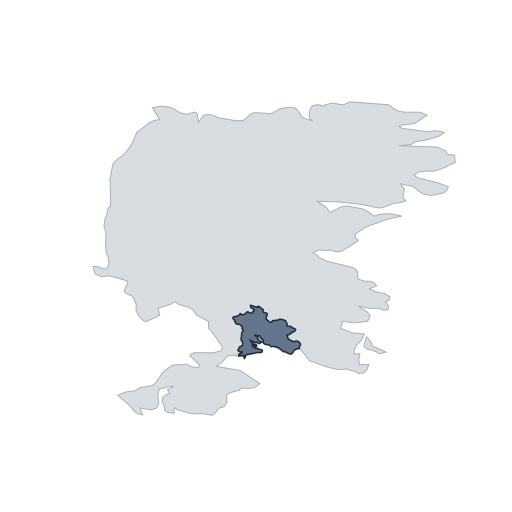 where Sligo sits in Ireland, rotated 197°
{"feature_id": "IRL-728", "entity_name": "Sligo", "entity_type": "County", "adm_level": 1, "iso_a3": "IRL", "parent_name": "Ireland", "parent_adm1": "", "projection": "robinson", "projection_center": [-8.586, 54.193], "detail": "fine", "context": "in_parent", "style": "filled", "palette": "slate", "viewbox_px": 512, "rotation_deg": 197, "n_neighbors": 0, "source": "natural_earth", "source_scale": "10m", "svg_char_len": 7675}
<svg xmlns="http://www.w3.org/2000/svg" viewBox="0 0 512 512"><g transform="rotate(197 256 256)"><path d="M328.8,96.0L317.2,101.9L315.5,104.2L312.2,113.6L311.9,116.3L304.6,126.7L300.5,128.8L294.3,130.5L290.8,132.2L286.4,131.3L280.8,131.5L278.1,133.3L278.2,134.8L279.9,136.4L290.2,141.2L289.6,143.2L286.7,145.5L268.2,151.1L262.7,154.5L260.8,156.7L262.8,160.5L277.6,171.7L280.2,173.0L282.4,179.5L295.5,182.2L300.8,186.3L305.4,187.3L315.5,187.0L319.5,188.5L321.8,187.3L323.1,185.2L334.2,177.2L330.7,171.2L341.9,161.1L345.0,161.2L350.4,164.3L354.8,168.6L356.2,174.4L360.4,179.6L363.1,181.4L370.3,182.4L372.0,184.5L370.8,192.0L371.9,194.5L390.3,194.3L397.6,191.0L403.9,191.6L407.1,195.0L408.6,198.4L403.1,199.7L397.4,199.0L394.6,201.3L394.5,205.7L396.5,211.3L400.4,215.3L403.6,224.4L406.3,234.4L410.3,240.5L411.2,248.0L410.7,251.7L411.5,258.3L409.9,260.6L411.2,266.9L418.2,286.9L419.8,302.6L416.6,308.5L412.2,314.1L409.4,320.7L407.3,327.8L406.1,339.3L396.7,352.8L392.6,356.1L387.9,358.2L398.4,367.6L390.0,371.8L380.7,373.2L370.4,370.8L364.0,371.1L355.9,376.0L354.1,375.1L350.2,367.4L347.4,375.3L341.5,377.9L331.4,377.3L314.5,379.5L308.0,381.8L305.3,385.3L303.3,389.4L300.7,391.9L297.7,393.1L284.6,396.2L282.0,397.4L276.0,404.0L268.1,407.9L261.5,409.0L255.6,405.2L253.2,402.8L250.5,401.7L241.5,401.8L244.4,403.0L246.2,405.8L247.1,411.0L246.1,416.1L241.6,418.7L236.3,419.2L228.0,424.5L216.9,426.0L211.0,430.9L174.4,439.2L172.3,439.2L167.2,437.1L161.8,436.2L156.3,436.9L141.0,441.5L133.5,440.6L143.1,429.1L155.8,423.3L157.2,421.7L153.0,420.9L128.8,424.9L120.4,428.4L112.0,429.4L116.0,424.1L126.8,416.9L136.2,412.2L140.3,408.0L151.7,403.2L114.9,413.1L105.3,411.9L103.1,409.1L95.6,410.4L92.8,403.7L104.0,393.6L110.5,389.3L118.2,386.9L125.6,383.6L128.4,379.5L124.9,378.1L102.8,379.2L92.2,378.3L92.8,375.0L94.8,371.4L105.8,365.2L111.8,364.2L117.1,364.8L126.4,368.5L138.9,367.3L133.7,363.4L132.8,355.3L128.9,352.6L134.0,348.9L139.8,346.6L149.6,338.9L153.0,337.8L172.2,335.9L192.9,331.8L213.3,326.3L202.9,323.1L197.8,319.0L189.7,327.3L183.9,330.5L167.5,332.2L162.3,331.3L155.0,328.7L152.7,329.7L150.6,331.7L139.7,335.8L128.2,336.8L141.6,329.3L158.5,316.6L162.3,312.5L167.7,305.6L166.0,302.5L162.6,300.7L174.8,286.3L179.1,283.7L186.9,283.3L192.6,281.0L195.2,281.0L197.4,280.2L202.4,275.9L194.7,273.1L186.7,271.7L162.1,273.2L158.8,272.9L155.8,271.6L153.8,269.7L152.3,264.8L150.5,263.7L144.9,263.7L139.4,265.2L135.6,265.0L131.9,262.9L137.9,257.9L130.2,256.7L122.4,257.7L115.8,256.2L115.7,253.1L118.7,249.9L114.8,247.0L114.0,243.2L118.2,241.4L122.7,242.0L131.9,239.2L143.6,237.9L133.6,235.1L129.6,232.8L129.4,229.2L130.2,226.2L141.9,221.0L154.4,218.7L153.5,215.3L154.3,211.6L141.8,210.5L129.4,213.1L130.8,206.0L133.8,199.7L134.4,195.5L133.9,191.0L128.1,192.9L127.4,186.5L125.0,182.2L116.4,185.2L116.7,179.5L119.2,175.4L123.7,173.7L128.1,174.5L136.4,174.4L144.3,171.4L155.8,170.6L174.1,171.5L186.6,180.1L189.9,178.5L194.9,173.2L197.3,172.6L216.2,174.9L228.0,178.0L231.2,177.0L229.5,171.1L225.4,166.9L230.5,161.5L236.7,157.8L240.8,156.0L250.3,153.7L254.5,151.6L257.2,144.6L261.6,138.8L237.7,141.9L215.0,135.0L218.6,130.1L223.4,127.4L231.7,125.3L232.5,122.7L236.7,120.6L243.6,115.1L241.0,107.9L242.4,102.6L247.3,99.3L248.9,94.5L251.1,90.9L261.2,89.7L270.8,86.4L285.8,85.9L289.6,87.2L288.7,81.4L295.7,80.7L298.5,81.8L299.7,86.0L302.9,88.6L303.9,93.2L301.8,96.7L298.3,99.4L301.6,102.2L296.5,107.3L302.0,105.1L309.8,100.2L309.3,96.1L308.0,91.1L305.7,86.5L306.7,81.5L311.1,78.3L322.6,76.7L317.8,71.0L322.0,70.5L326.6,71.7L333.3,76.1L347.6,82.4L340.7,87.9L332.2,91.8L328.8,96.0ZM126.9,208.4L126.6,211.1L121.1,207.7L118.5,203.9L103.4,202.2L109.7,198.5L112.8,199.6L123.4,199.7L126.4,201.3L126.9,208.4Z" fill="#d9dde1" stroke="#a8b0b8" stroke-width="1"/><path d="M187.5,184.3L187.8,183.0L187.9,181.6L187.5,180.2L189.1,179.7L190.8,178.4L192.1,176.5L192.6,174.0L193.7,172.4L196.2,172.2L200.7,173.0L201.2,172.9L201.6,172.5L202.0,172.4L202.9,172.9L204.1,173.5L205.3,173.9L207.0,174.7L208.1,174.9L211.8,174.9L213.4,174.6L214.9,173.6L216.9,174.8L221.5,174.2L223.5,174.9L224.0,175.8L224.2,176.9L224.7,177.9L226.8,178.5L227.6,179.1L229.2,180.9L230.1,180.3L231.3,180.1L233.7,180.2L233.7,179.6L232.6,179.2L231.3,178.9L230.1,178.3L229.7,177.3L229.2,176.5L228.1,176.0L226.7,175.7L225.6,175.7L225.6,174.9L226.1,174.5L226.9,173.4L227.6,173.0L229.2,173.6L230.2,173.8L230.7,173.3L231.5,172.9L236.7,173.6L235.6,172.5L234.2,171.7L232.8,171.2L231.4,171.0L229.9,171.1L229.4,170.9L229.2,170.1L229.6,169.1L230.5,169.4L232.2,170.4L233.7,169.8L233.1,168.9L231.5,168.1L229.9,167.8L222.6,167.8L222.2,167.5L222.1,166.5L222.4,165.7L223.1,165.1L224.0,164.7L226.2,164.2L234.8,159.6L236.0,159.3L236.4,159.0L236.7,158.2L236.7,156.3L237.0,154.7L237.5,155.0L238.1,156.0L238.3,156.6L238.6,156.7L238.7,156.8L238.7,157.3L240.9,156.2L243.1,155.3L243.3,155.3L243.8,156.8L243.3,157.4L242.8,157.7L242.1,158.2L241.1,159.4L240.9,160.0L241.0,160.3L241.5,160.3L241.8,160.2L242.4,159.7L242.8,159.6L243.2,159.6L245.2,160.1L245.7,160.5L245.8,160.8L245.7,161.2L245.6,161.5L245.4,162.0L245.2,163.8L245.0,164.4L244.7,164.8L244.4,165.0L244.0,165.2L243.6,165.4L243.3,165.8L242.9,166.5L242.8,167.0L242.9,167.5L243.4,169.4L243.6,169.8L243.9,170.1L244.3,170.2L244.8,170.5L245.4,171.0L246.1,172.6L246.3,173.6L246.4,175.0L246.6,175.8L246.9,176.9L247.1,177.5L247.1,178.0L246.8,179.7L246.5,180.9L246.6,181.3L246.8,181.5L247.7,182.0L248.2,182.5L248.3,183.0L248.3,183.6L248.5,184.0L248.7,184.3L251.0,185.6L251.4,185.7L251.9,185.8L253.5,185.3L254.0,185.3L254.5,185.3L255.0,185.4L255.4,185.6L255.7,185.8L256.0,186.0L258.2,188.6L258.9,189.1L260.0,189.8L260.0,190.7L259.6,191.2L259.3,191.6L258.6,192.0L257.1,192.4L256.4,192.7L256.1,193.1L255.8,193.8L255.3,194.2L254.6,194.7L254.4,195.1L254.3,195.5L254.4,195.9L254.4,196.3L254.1,196.4L253.8,196.3L253.3,195.9L252.7,195.8L251.9,195.9L250.4,196.6L249.7,197.0L249.3,197.5L249.0,198.6L248.5,199.4L248.2,199.8L248.0,200.0L247.1,200.1L246.6,200.1L245.7,199.8L245.1,199.8L244.4,199.8L243.1,200.2L242.8,200.5L242.8,200.8L242.9,201.2L242.8,201.8L242.2,202.8L242.1,203.3L241.9,203.7L242.0,203.9L242.1,204.0L242.3,204.1L243.8,204.8L244.3,204.8L245.2,204.9L245.6,205.0L245.8,205.2L246.0,205.5L246.1,205.8L246.2,206.1L246.7,206.7L246.9,207.1L246.7,207.3L246.3,207.4L240.3,207.1L239.6,207.3L239.2,207.5L239.3,207.8L239.5,207.9L239.7,208.2L239.5,208.3L239.1,208.5L238.7,208.5L238.2,208.5L237.7,208.4L236.9,208.2L235.3,207.3L234.0,207.1L233.7,206.9L233.4,206.7L233.3,206.3L233.2,205.6L233.1,205.2L232.9,204.9L232.7,204.6L232.3,204.5L231.9,204.3L229.4,204.4L229.0,204.4L228.4,204.1L228.0,202.6L228.3,199.7L228.1,199.1L227.9,198.7L223.8,197.0L223.3,196.9L222.8,196.9L222.4,197.0L222.0,197.2L221.8,197.4L221.6,197.8L221.5,198.5L221.4,198.8L221.1,199.1L220.8,199.3L220.4,199.4L218.9,199.9L218.6,200.0L218.2,200.4L217.8,200.7L217.0,200.8L216.4,201.0L216.0,201.2L215.4,202.0L214.9,202.5L214.2,202.7L210.9,203.0L208.9,202.7L208.5,202.5L208.2,202.3L207.7,201.3L206.6,200.5L206.5,200.3L206.4,200.1L206.1,199.1L206.1,198.7L205.9,198.2L205.6,198.1L205.2,198.0L204.8,198.1L203.6,198.6L203.0,198.7L202.2,198.8L201.7,198.7L200.3,198.0L197.8,197.8L197.1,197.6L196.7,197.3L196.6,196.9L196.7,196.5L196.8,196.2L197.2,195.2L197.5,194.7L197.9,194.3L199.0,193.8L199.3,193.6L199.5,193.4L199.6,193.1L199.6,192.7L199.7,192.3L199.9,192.1L200.2,191.8L200.5,191.6L200.8,191.4L201.1,190.7L201.3,190.4L201.6,190.2L202.8,189.9L203.1,189.7L203.2,189.4L203.1,188.9L202.1,188.0L201.9,187.6L201.3,186.5L200.9,186.2L200.3,185.9L195.4,185.1L194.9,185.2L194.0,185.4L193.7,185.6L193.5,185.9L193.3,186.2L193.0,186.4L192.6,186.5L192.1,186.6L190.5,186.5L190.0,186.4L189.5,186.2L187.7,184.8L187.5,184.3L187.5,184.3Z" fill="#64748b" stroke="#1e293b" stroke-width="1.5"/></g></svg>